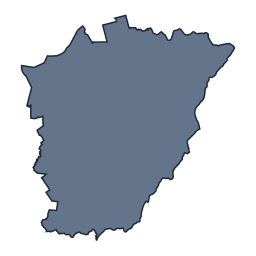 outline of Upper Hutt City, Wellington, New Zealand
{"feature_id": "76426892B70069822471948", "entity_name": "Upper Hutt City", "entity_type": "district", "adm_level": 2, "iso_a3": "NZL", "parent_name": "New Zealand", "parent_adm1": "Wellington", "projection": "orthographic", "projection_center": [175.164, -41.088], "detail": "fine", "context": "isolated", "style": "filled", "palette": "slate", "viewbox_px": 256, "rotation_deg": 0, "n_neighbors": 0, "source": "geoboundaries", "source_scale": "gbopen_adm2", "svg_char_len": 5660}
<svg xmlns="http://www.w3.org/2000/svg" viewBox="0 0 256 256"><path d="M206.8,32.9L205.1,32.7L203.4,33.6L201.4,33.2L197.5,33.7L195.6,33.2L194.1,32.1L193.2,31.7L190.0,34.5L188.3,34.9L186.7,34.9L185.5,34.7L184.3,34.1L183.8,33.5L181.2,29.9L180.4,29.1L179.2,28.9L176.3,30.4L174.5,30.5L173.9,30.9L173.4,31.8L172.6,34.9L170.9,39.5L170.1,40.2L168.3,40.2L167.6,39.9L167.3,39.6L167.0,38.6L166.2,37.5L166.3,37.3L165.2,35.0L165.0,34.8L164.4,34.7L162.7,32.9L161.2,31.8L159.4,33.2L158.2,34.5L156.1,34.5L155.6,34.1L154.5,33.8L153.1,33.0L152.8,32.0L151.1,28.5L150.6,28.4L150.4,28.1L149.1,28.4L148.9,28.9L147.9,28.5L147.3,28.6L147.9,30.1L147.5,30.3L146.2,29.7L145.9,30.0L145.4,30.0L145.2,30.7L144.9,30.9L143.5,31.0L143.0,31.2L142.7,30.8L141.9,30.7L141.4,29.9L140.7,29.4L139.8,29.4L139.4,29.9L138.9,29.9L138.5,29.7L138.4,29.3L138.0,29.3L137.7,29.8L137.5,29.7L136.9,29.9L136.2,29.1L136.0,28.7L136.0,28.3L135.5,28.3L135.3,28.0L135.5,27.8L135.3,27.7L130.0,27.7L129.8,28.1L129.5,27.8L129.0,27.8L125.7,15.4L114.9,18.2L115.0,18.5L116.3,19.9L116.6,21.5L102.7,25.1L107.1,42.0L92.5,42.1L92.4,42.4L92.8,42.9L92.6,43.1L92.1,43.0L91.9,42.1L90.6,40.3L90.5,39.6L89.9,39.2L90.0,38.9L87.9,35.3L87.6,34.8L87.2,34.7L86.6,34.3L86.1,34.3L86.1,34.1L85.3,33.9L85.0,33.4L85.1,32.9L84.3,32.4L85.1,29.3L82.7,26.0L79.0,29.0L77.5,30.7L76.7,31.9L74.9,35.6L73.4,38.2L70.6,43.7L69.2,45.6L66.5,48.3L65.3,50.6L64.6,51.6L62.5,53.3L59.1,55.0L56.5,55.8L50.0,56.1L47.4,55.9L44.3,62.8L34.0,67.5L21.6,65.5L21.5,67.2L21.7,69.1L22.6,72.0L24.1,74.3L26.1,76.3L31.6,87.5L26.9,105.8L27.3,106.2L28.2,106.5L28.0,105.8L28.5,105.9L28.6,106.7L29.3,106.9L29.2,106.6L29.4,106.4L29.7,106.7L30.0,105.5L30.6,105.2L30.6,105.7L30.8,105.6L30.8,118.0L33.1,118.5L36.3,118.5L36.9,118.1L37.2,117.2L38.1,116.9L38.5,117.0L39.1,117.6L40.1,117.3L42.3,116.4L42.8,116.4L42.9,122.3L43.1,122.9L43.0,123.6L43.4,123.8L43.2,124.4L43.2,124.9L43.6,125.5L37.1,130.3L39.3,135.3L40.4,135.1L42.4,137.7L43.8,140.5L40.9,142.8L42.1,144.4L41.2,145.0L39.4,147.9L39.3,148.3L39.2,148.9L40.7,149.7L40.5,151.9L39.9,151.9L40.1,152.4L39.7,152.8L40.1,153.2L39.9,153.4L39.8,154.1L40.5,154.0L40.5,154.3L40.2,154.4L40.8,154.8L40.5,155.2L40.3,155.8L40.4,156.1L40.6,156.2L40.2,156.5L40.1,156.9L39.7,156.6L39.2,156.8L38.8,156.6L38.6,157.1L38.7,157.3L38.2,158.0L38.4,158.3L38.2,158.9L37.2,159.4L37.0,159.2L36.6,159.6L36.5,160.4L37.0,160.0L37.6,160.1L37.2,161.4L36.5,161.7L36.4,162.0L35.4,162.8L35.5,163.2L35.2,163.5L35.3,163.8L35.6,163.9L35.6,164.3L34.8,164.5L34.9,164.8L34.8,165.3L34.5,165.4L34.4,166.0L34.1,166.3L34.3,166.5L33.6,166.9L33.1,167.5L34.0,168.9L34.2,170.0L34.0,170.6L34.8,170.9L37.4,173.2L46.1,174.1L44.2,176.0L41.6,177.7L42.3,178.8L42.7,178.6L43.2,179.8L43.3,180.2L49.8,189.8L46.1,192.3L51.9,200.9L57.8,201.8L56.5,210.5L49.4,209.9L47.9,213.8L47.9,215.9L47.3,217.8L45.8,218.9L45.9,219.4L42.6,219.9L41.3,222.5L42.0,223.4L42.0,225.0L42.1,225.5L43.0,225.9L43.4,226.5L43.6,227.4L45.2,228.3L45.6,229.0L46.1,229.9L46.4,230.8L46.4,231.3L46.6,231.1L47.3,231.4L48.9,231.3L50.7,231.8L51.4,231.6L51.5,231.4L53.0,231.1L53.8,230.5L55.4,230.0L56.2,230.0L56.7,231.0L58.0,232.4L58.5,233.3L59.0,233.8L60.3,233.3L60.8,233.8L64.3,233.2L65.8,234.6L67.9,234.7L68.9,234.4L69.3,234.5L69.7,234.7L70.9,236.9L72.5,237.4L72.9,237.2L73.5,236.1L73.8,235.9L73.9,235.6L76.2,233.0L77.0,233.0L78.4,232.2L79.7,232.0L80.4,233.1L86.6,234.7L87.2,234.3L88.0,234.4L88.2,233.3L88.9,232.1L89.6,232.0L90.3,231.3L91.8,230.9L91.8,230.5L92.7,229.4L93.6,229.4L94.8,230.7L95.2,231.9L95.6,232.0L95.9,233.4L96.5,233.9L96.9,233.9L96.9,234.3L96.6,235.3L95.8,235.7L95.6,236.0L96.4,236.7L96.3,237.7L96.0,238.0L96.0,238.6L96.7,240.6L96.8,239.9L97.5,238.1L98.0,237.2L100.3,234.3L103.3,231.7L105.2,229.4L109.1,228.6L110.5,228.5L112.6,229.8L114.1,230.2L114.7,230.0L117.2,228.3L118.1,228.2L119.4,228.7L120.1,228.7L121.4,228.5L122.2,228.0L122.8,228.0L123.1,228.2L123.8,230.2L124.8,231.8L125.7,231.9L126.6,231.4L127.3,230.4L128.6,229.3L130.9,228.4L132.0,227.1L133.4,224.7L134.3,223.9L136.1,223.3L137.3,222.1L138.3,221.8L139.4,221.8L139.7,221.6L139.9,220.8L140.0,218.3L140.2,217.7L140.9,217.1L141.1,216.5L141.1,214.9L141.4,212.9L142.3,209.2L143.4,205.5L145.1,202.6L146.1,201.2L146.7,201.4L147.7,202.3L148.1,202.2L148.6,200.7L149.2,196.9L149.9,195.3L150.6,194.8L153.0,193.9L155.4,191.6L156.0,190.4L156.3,188.8L158.3,185.6L159.1,183.0L160.5,181.4L161.3,179.8L162.5,178.3L163.0,178.0L163.7,178.0L165.6,178.5L166.7,178.3L167.7,178.4L168.6,178.2L169.9,179.3L170.6,179.5L172.1,178.9L172.7,178.3L173.1,177.6L173.2,176.5L173.1,175.0L172.9,174.0L172.9,172.7L173.2,171.1L173.6,170.0L175.1,167.7L179.0,163.7L180.8,160.7L182.3,159.6L182.4,156.6L183.4,155.9L184.5,152.7L187.7,153.5L189.3,152.2L189.4,151.6L188.7,150.4L188.8,148.4L188.6,148.2L188.5,147.4L188.2,147.2L187.8,146.2L188.0,145.3L187.0,141.5L187.4,140.5L194.4,133.5L197.2,130.3L199.8,129.0L198.4,123.1L197.7,121.6L196.4,119.3L194.9,114.7L194.8,113.7L194.9,110.7L195.6,108.6L196.7,106.7L199.0,104.4L200.3,102.4L202.8,99.9L203.5,98.8L204.1,97.3L204.7,94.1L205.0,90.9L205.3,88.9L205.9,87.8L206.8,87.0L207.0,86.4L207.1,85.0L207.0,83.4L207.2,82.7L208.7,80.6L209.0,78.2L209.5,77.6L210.5,77.1L211.0,77.0L212.0,77.4L212.3,77.3L213.1,76.5L214.9,75.5L215.3,75.1L215.8,74.4L216.3,72.7L218.1,70.2L219.0,69.4L220.9,67.0L222.6,66.3L223.7,64.2L226.4,61.4L227.1,60.1L227.2,58.8L227.7,57.7L230.3,55.1L231.9,52.4L233.0,50.9L234.5,48.2L234.4,47.7L233.5,46.2L230.2,43.9L228.8,43.5L227.6,43.9L226.9,43.7L223.3,44.4L220.9,45.1L219.5,45.1L219.0,45.7L218.3,45.9L217.6,45.8L217.1,45.2L216.6,45.0L213.2,45.0L212.7,44.6L212.5,43.8L211.6,43.3L210.9,41.8L210.1,40.8L209.5,39.2L208.5,37.9L208.2,37.0L208.4,35.8L208.1,35.1L208.2,34.1L206.8,32.9Z" fill="#64748b" stroke="#1e293b" stroke-width="1.5"/></svg>